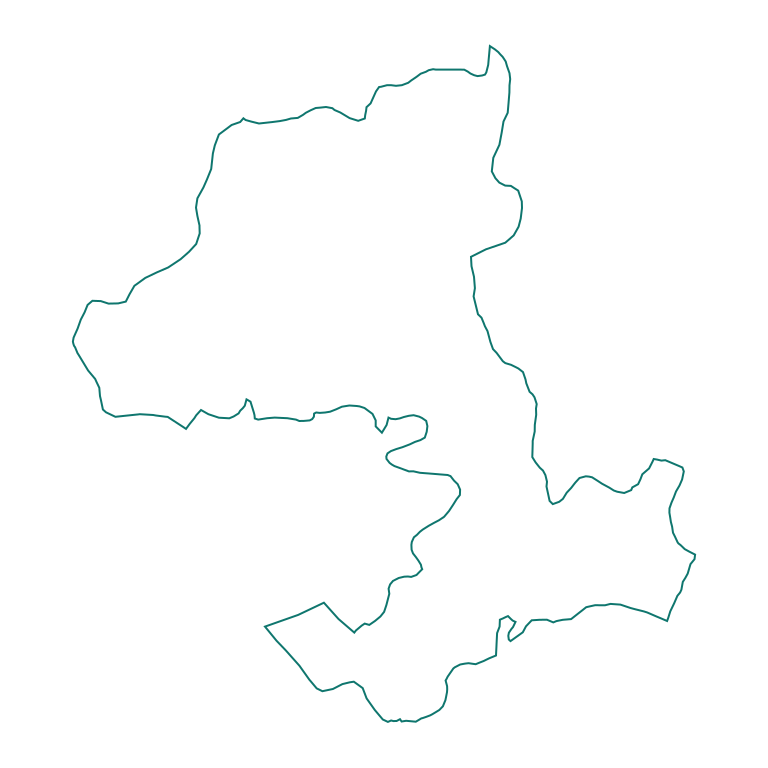 outline of Qalyub, Al Qalyubiyah, Egypt
{"feature_id": "37247803B25886032732937", "entity_name": "Qalyub", "entity_type": "district", "adm_level": 2, "iso_a3": "EGY", "parent_name": "Egypt", "parent_adm1": "Al Qalyubiyah", "projection": "natural_earth1", "projection_center": [31.243, 30.207], "detail": "fine", "context": "isolated", "style": "outline", "palette": "teal", "viewbox_px": 768, "rotation_deg": 0, "n_neighbors": 0, "source": "geoboundaries", "source_scale": "gbopen_adm2", "svg_char_len": 5892}
<svg xmlns="http://www.w3.org/2000/svg" viewBox="0 0 768 768"><path d="M653.7,459.0L652.7,461.3L649.1,468.4L642.3,474.3L640.5,479.1L638.1,484.2L632.3,487.4L631.2,490.1L624.2,493.0L617.1,491.7L613.8,490.5L609.4,487.7L602.0,483.7L597.6,480.8L592.1,477.3L589.0,476.6L585.8,476.3L579.5,478.0L575.4,482.5L574.2,484.0L571.2,487.9L566.7,492.7L562.9,498.9L559.2,501.8L552.8,504.1L549.6,500.9L547.6,491.6L546.5,486.5L547.0,481.7L545.4,475.1L543.0,470.6L539.8,467.7L535.6,462.4L532.3,457.1L532.5,450.6L532.7,443.5L532.7,440.9L534.7,431.5L534.8,424.9L536.2,414.8L536.0,408.5L536.7,404.1L536.1,402.2L534.5,397.3L532.5,394.3L529.6,391.8L526.3,383.3L525.5,379.4L523.0,372.1L518.4,368.5L515.7,367.1L511.0,364.8L505.3,363.1L502.8,361.2L496.7,353.0L493.0,349.1L490.4,341.9L487.5,331.1L484.9,326.2L483.8,323.3L481.5,317.7L478.0,314.3L473.6,296.4L474.9,288.2L474.0,276.8L471.5,266.2L471.0,256.8L486.0,249.3L505.3,242.7L513.7,235.4L518.6,226.7L520.7,218.6L522.0,208.0L521.8,201.4L518.2,190.6L514.4,188.2L510.9,185.9L505.2,185.6L499.3,182.6L495.4,178.2L491.8,171.4L492.2,167.7L493.3,157.8L499.4,144.8L501.7,132.5L503.5,121.5L507.7,112.8L508.5,103.5L509.4,92.6L509.5,85.3L510.2,79.1L509.5,73.2L507.0,66.1L505.7,61.5L502.7,56.9L500.1,54.2L498.3,52.1L494.8,49.3L489.9,46.1L488.6,60.2L488.2,64.9L486.3,72.4L485.0,74.6L482.1,75.5L477.5,76.1L474.1,75.2L470.4,73.5L467.8,71.6L464.3,69.7L460.2,69.6L446.8,69.6L435.8,69.6L433.1,69.2L428.7,70.2L425.9,71.8L420.7,73.7L416.6,76.8L411.3,80.4L408.2,82.8L401.8,85.2L396.0,85.8L391.1,85.2L387.0,85.2L380.9,86.8L379.1,87.0L376.0,91.4L370.6,103.4L366.5,107.2L366.1,110.7L365.2,115.1L364.8,118.5L358.2,120.8L349.6,118.1L340.3,112.5L334.5,110.0L332.4,108.2L326.0,107.0L320.4,107.6L315.7,108.0L310.6,110.3L305.8,112.8L303.1,114.8L297.8,117.9L290.9,118.5L286.1,119.9L279.7,121.1L271.8,122.1L259.0,123.5L251.3,121.6L245.6,120.0L243.4,118.3L240.2,122.0L231.6,125.0L218.9,134.5L214.8,145.4L212.9,153.4L211.2,169.0L206.9,179.6L203.4,187.5L197.4,198.3L196.0,207.6L197.4,216.0L199.5,225.5L199.5,227.0L199.7,233.4L196.2,244.0L189.0,251.8L180.6,259.2L168.1,267.5L156.8,272.4L145.3,277.9L134.4,285.8L129.5,294.3L125.8,301.6L118.2,303.4L108.5,303.6L100.8,301.1L92.4,300.8L87.6,304.9L84.6,312.3L80.8,319.6L77.6,328.6L73.6,337.6L72.9,341.6L73.3,343.5L74.0,345.7L75.1,347.3L77.5,353.1L78.6,354.8L88.1,370.5L90.7,373.6L95.2,379.0L96.3,381.5L99.3,387.8L100.0,396.1L100.9,399.9L102.9,409.5L106.0,412.3L108.9,413.7L115.4,416.8L125.8,415.7L138.3,414.4L139.8,414.2L153.2,415.0L155.9,415.5L165.4,416.7L167.7,416.9L183.2,427.0L186.0,428.9L189.7,423.9L194.2,418.4L194.5,418.0L194.8,417.5L196.2,415.3L201.0,410.0L208.4,414.2L218.9,417.7L229.3,418.3L233.6,416.5L238.6,413.4L240.2,410.7L242.8,408.2L244.8,405.7L246.5,399.4L248.0,400.2L250.5,401.7L253.9,412.7L254.5,415.2L254.8,418.5L258.2,419.6L267.2,418.2L274.7,417.6L287.4,418.2L296.0,419.6L299.3,421.0L304.0,420.9L309.7,420.4L312.2,419.1L313.9,416.7L314.1,413.6L316.2,412.5L319.7,412.9L325.2,412.5L330.1,411.7L336.2,409.3L341.9,406.7L349.4,405.5L356.7,406.0L359.6,406.4L364.5,408.0L372.5,413.9L375.7,420.4L375.7,426.4L381.9,432.7L386.6,425.0L388.5,417.6L391.1,418.8L395.6,419.2L399.8,418.4L403.9,417.0L408.8,415.8L413.6,415.2L419.1,416.6L422.0,418.0L426.2,420.9L427.4,426.1L426.7,431.8L424.8,437.6L420.4,440.1L415.0,441.9L409.7,444.4L402.4,447.2L396.2,449.1L390.9,451.1L387.5,453.4L386.3,456.5L386.5,458.9L389.6,462.9L391.9,464.6L394.5,466.1L399.5,467.9L408.9,471.4L413.3,471.3L420.0,472.8L429.1,473.5L441.4,474.5L447.7,475.0L449.4,475.7L450.5,476.1L454.0,480.6L457.7,484.2L460.1,489.6L459.9,495.0L456.6,499.2L453.1,504.8L449.0,511.0L444.1,516.8L438.9,520.3L434.1,522.8L428.7,525.8L422.7,529.6L419.9,531.8L416.9,534.9L413.9,537.3L411.8,542.0L411.4,544.9L411.6,549.7L413.0,553.4L415.9,557.1L418.4,560.6L420.9,564.7L421.5,567.5L422.2,569.2L419.5,571.9L416.5,575.0L411.2,576.9L407.8,576.5L404.1,576.7L398.7,578.0L393.0,580.9L390.1,584.4L388.6,588.7L389.3,593.8L386.4,605.0L385.8,606.8L384.1,611.9L380.4,616.5L375.1,620.9L369.3,624.9L364.7,623.6L361.7,625.6L355.9,630.5L354.3,632.6L338.5,619.0L323.9,602.7L298.2,614.9L265.0,626.6L276.5,640.7L285.7,650.3L299.4,665.7L309.5,679.9L310.4,680.9L316.7,688.4L322.4,691.2L332.9,689.0L342.4,684.1L349.8,682.3L353.8,681.7L356.2,683.4L362.7,688.1L366.6,698.4L374.8,710.0L382.8,719.5L387.9,721.9L391.1,720.5L393.5,721.1L395.2,721.0L396.6,721.0L400.0,719.2L401.6,721.5L406.1,720.8L410.5,721.2L415.8,721.7L419.7,719.4L421.3,718.4L422.6,718.1L426.1,716.9L430.1,715.4L432.2,714.3L435.7,712.2L439.3,710.0L442.9,706.3L444.2,703.1L445.4,700.2L446.2,696.3L447.0,692.2L447.2,689.4L447.1,686.2L445.6,680.5L446.5,679.0L447.7,676.6L450.4,672.7L451.8,670.7L453.3,668.5L454.8,667.3L460.2,664.5L464.5,663.7L465.9,663.5L468.6,663.2L473.4,663.9L475.7,664.2L479.6,662.6L483.7,661.0L486.1,659.8L489.2,658.3L496.0,655.5L496.4,647.4L496.7,640.9L497.1,633.1L499.6,626.6L499.9,619.7L501.8,618.9L503.0,618.4L504.4,617.7L506.1,616.9L508.0,616.1L510.7,618.8L512.7,620.6L515.5,621.9L514.4,624.2L513.0,627.1L511.4,629.0L508.9,632.7L508.3,635.8L508.5,637.3L508.8,639.5L510.5,641.1L511.5,640.4L522.8,632.3L526.0,626.3L531.7,620.3L538.1,619.9L539.3,619.8L546.9,619.7L553.3,622.4L556.4,621.1L558.8,620.6L562.8,619.8L571.1,619.1L578.6,613.2L582.7,610.0L586.2,607.2L589.7,606.4L595.1,605.2L604.9,605.3L610.5,603.9L613.1,604.1L620.4,604.6L630.5,608.0L634.6,609.1L643.8,611.4L647.0,612.4L648.2,612.9L656.5,616.5L661.3,618.5L667.1,621.0L667.6,619.6L668.2,618.0L670.3,611.3L671.8,608.2L674.2,603.2L677.4,595.8L680.1,592.5L681.4,589.7L682.8,581.9L685.4,577.8L687.7,573.6L690.5,564.1L694.5,559.2L694.7,557.7L695.1,554.6L689.4,551.7L684.7,549.1L680.6,545.1L678.4,543.4L677.6,542.3L675.0,536.7L673.0,532.7L672.1,526.6L670.9,522.0L670.0,516.2L669.4,512.7L669.5,508.3L671.5,502.6L673.7,497.6L676.0,491.5L679.5,485.5L682.1,479.5L683.8,471.4L682.4,467.5L679.0,466.0L665.3,460.2L661.4,460.6L657.2,459.6L653.7,459.0Z" fill="none" stroke="#0f766e" stroke-width="2"/></svg>